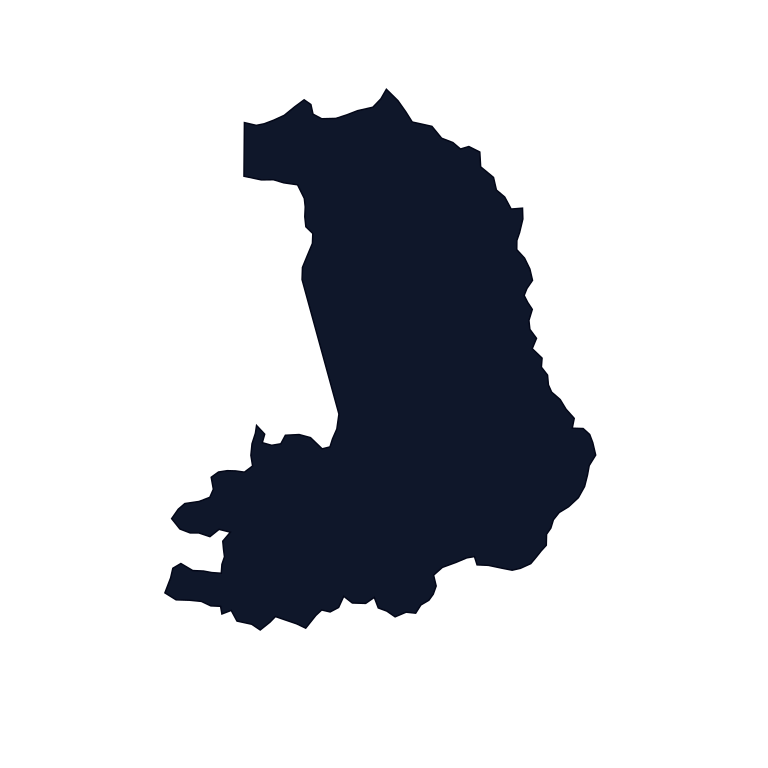 outline of Monte Carlo, Santa Catarina, Brazil, rotated 111°
{"feature_id": "56859067B19994928117719", "entity_name": "Monte Carlo", "entity_type": "district", "adm_level": 2, "iso_a3": "BRA", "parent_name": "Brazil", "parent_adm1": "Santa Catarina", "projection": "orthographic", "projection_center": [-50.914, -27.197], "detail": "fine", "context": "isolated", "style": "filled", "palette": "ink", "viewbox_px": 768, "rotation_deg": 111, "n_neighbors": 0, "source": "geoboundaries", "source_scale": "gbopen_adm2", "svg_char_len": 2307}
<svg xmlns="http://www.w3.org/2000/svg" viewBox="0 0 768 768"><g transform="rotate(111 384 384)"><path d="M652.4,476.6L653.2,466.2L650.1,456.9L656.8,452.9L650.1,445.5L658.0,436.3L655.7,421.4L658.0,411.4L647.2,405.1L640.0,402.0L639.7,392.7L639.2,379.9L640.0,369.6L631.8,367.0L624.5,364.7L617.3,361.2L616.1,352.6L608.9,346.3L596.6,345.5L599.8,335.1L595.4,322.5L586.7,316.6L595.1,309.1L595.0,300.0L597.4,290.2L589.1,281.6L586.6,272.3L577.1,270.4L569.8,264.6L562.6,262.7L553.9,262.9L544.7,269.2L534.3,263.8L524.8,252.9L516.7,244.5L512.7,237.7L519.5,232.3L515.9,221.6L513.6,207.3L511.9,197.6L507.2,190.6L499.1,182.6L490.9,179.8L483.6,177.5L476.4,174.7L466.0,178.4L458.8,176.6L450.1,177.2L441.2,174.4L432.5,167.7L420.5,161.8L407.8,160.0L396.1,161.4L386.6,163.2L374.5,160.9L363.9,168.1L357.4,173.9L354.2,182.1L357.8,192.4L347.9,194.1L342.3,205.0L335.4,213.9L331.5,224.6L325.9,230.2L317.1,234.5L311.9,243.1L303.2,245.7L297.9,258.3L286.7,258.0L280.7,267.4L272.7,271.5L261.2,272.3L256.4,279.0L251.1,284.9L243.6,284.8L234.0,282.5L224.4,289.0L216.1,297.9L211.0,308.2L202.4,311.4L194.0,311.7L180.2,313.5L170.2,317.7L175.1,328.0L166.2,338.3L162.6,348.6L151.9,355.8L146.6,371.6L133.1,377.7L131.9,389.9L137.2,396.8L133.9,406.2L133.9,418.3L126.3,431.6L127.9,442.4L129.3,451.5L122.0,461.3L114.5,472.5L108.0,487.4L118.9,489.1L129.6,493.6L138.3,506.6L146.0,515.1L153.3,524.1L158.7,537.2L157.5,547.0L149.3,552.4L147.3,560.4L157.2,566.7L168.9,573.4L177.3,581.6L184.0,589.1L188.3,595.9L190.0,608.0L240.2,589.2L237.4,571.7L232.9,560.4L232.1,549.7L229.0,536.1L239.3,524.9L246.9,521.0L256.2,517.9L265.2,513.3L269.0,504.4L278.4,501.2L291.3,501.6L304.4,501.9L315.9,497.9L428.2,415.3L442.9,411.9L453.7,412.4L462.1,411.9L466.7,418.5L460.4,433.4L461.6,445.1L467.2,457.7L476.8,458.9L481.5,466.9L482.4,476.6L473.6,477.4L468.4,488.1L476.1,486.4L487.1,485.8L498.3,482.7L507.6,477.3L516.3,482.7L518.3,491.3L521.1,499.3L525.5,507.0L533.0,511.9L543.4,505.6L552.2,506.0L559.9,514.5L567.0,527.1L574.6,531.2L585.8,534.0L592.5,522.6L592.5,511.6L589.4,503.5L588.9,491.8L578.8,485.9L577.4,474.3L588.5,478.2L595.6,474.7L602.5,471.0L610.4,470.7L619.0,468.1L621.8,477.3L623.3,485.5L626.7,495.7L624.4,509.3L631.7,515.1L641.5,513.7L649.6,513.7L657.5,513.7L660.0,500.8L655.6,488.2L652.4,476.6Z" fill="#0f172a" stroke="#020617" stroke-width="1.5"/></g></svg>